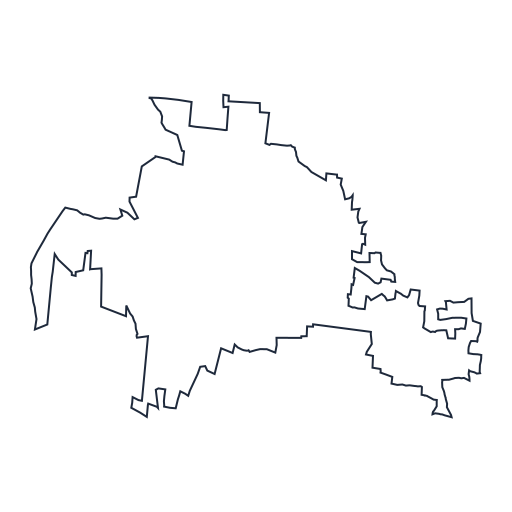 Hocabá, Yucatán, Mexico (Equal Earth projection)
{"feature_id": "50627088B46222132432578", "entity_name": "Hocabá", "entity_type": "district", "adm_level": 2, "iso_a3": "MEX", "parent_name": "Mexico", "parent_adm1": "Yucatán", "projection": "equal_earth", "projection_center": [-89.223, 20.81], "detail": "fine", "context": "isolated", "style": "outline", "palette": "slate", "viewbox_px": 512, "rotation_deg": 0, "n_neighbors": 0, "source": "geoboundaries", "source_scale": "gbopen_adm2", "svg_char_len": 5552}
<svg xmlns="http://www.w3.org/2000/svg" viewBox="0 0 512 512"><path d="M131.3,407.8L140.1,412.6L146.8,416.9L147.9,404.9L148.2,403.6L156.9,406.8L158.0,408.0L155.8,389.8L158.4,388.4L165.3,389.4L164.4,396.0L163.9,401.3L164.2,405.2L164.1,406.6L170.0,407.8L175.7,408.3L177.9,399.3L179.1,395.6L180.3,391.3L185.1,393.7L188.2,395.8L189.2,392.7L189.8,390.8L197.7,373.9L200.2,366.8L205.2,366.1L207.3,370.6L214.6,374.0L221.1,348.3L232.6,353.0L234.7,344.5L237.7,347.4L241.8,349.5L243.7,350.2L246.6,350.7L248.1,350.6L248.6,350.3L249.6,351.9L255.8,350.1L260.2,349.1L262.2,349.1L263.9,349.2L266.8,349.2L275.3,352.6L276.7,345.1L276.5,337.8L281.1,337.8L301.2,337.9L301.3,336.3L306.7,336.2L307.1,326.4L313.0,326.7L313.1,324.3L370.9,331.9L370.8,333.9L370.8,334.0L370.8,334.3L371.8,344.0L366.8,351.8L366.0,354.5L373.0,355.9L372.5,367.7L380.5,369.0L380.7,371.3L380.5,372.6L385.6,374.4L392.3,376.9L391.5,383.6L397.3,384.9L402.4,384.5L405.9,385.6L409.6,385.3L414.7,386.0L416.1,386.1L417.9,386.4L420.7,386.2L421.9,387.0L421.6,394.8L424.9,395.4L424.9,395.5L425.0,395.5L427.0,395.9L427.6,396.3L431.3,398.3L433.6,399.6L436.8,400.0L436.7,401.2L436.7,406.3L434.0,410.6L433.1,411.6L432.7,412.8L432.5,414.3L435.1,413.3L438.9,413.8L440.7,414.3L442.2,414.4L444.6,415.3L451.6,417.2L451.0,414.9L449.6,412.3L446.9,407.2L447.1,403.7L445.7,398.8L445.7,397.9L445.4,397.2L444.6,394.4L444.4,393.0L443.9,391.1L442.3,387.2L442.1,382.2L442.3,381.2L442.2,379.9L449.1,379.7L453.5,378.5L455.0,378.0L459.0,377.8L461.3,378.3L464.0,377.9L469.5,380.7L469.5,379.3L469.3,376.9L468.6,374.2L469.1,370.4L470.1,371.2L474.4,372.3L475.8,373.0L476.8,373.6L480.1,373.2L479.7,372.1L479.7,370.7L479.8,368.5L479.9,365.0L480.8,361.1L481.2,358.1L481.2,356.3L481.3,355.0L479.5,354.6L477.5,354.3L475.5,354.2L473.4,354.1L468.5,353.3L468.4,350.4L468.7,347.0L470.0,343.0L471.1,341.0L476.0,341.2L477.2,341.7L477.5,340.8L477.5,338.7L477.7,337.5L480.0,332.0L480.7,323.6L472.9,320.9L471.6,313.1L471.5,298.4L468.4,298.8L464.2,301.9L458.1,302.2L453.4,302.6L450.0,300.8L445.4,301.2L445.9,302.1L446.6,309.5L442.7,308.7L440.7,308.6L439.8,308.6L437.1,309.4L438.2,313.8L438.2,319.3L440.3,319.9L446.1,319.1L452.3,317.8L461.0,317.7L466.4,318.5L465.9,323.7L464.8,328.9L461.0,328.4L458.6,329.2L455.1,329.2L455.3,333.5L455.1,338.6L448.1,338.3L446.3,330.3L444.0,330.2L441.0,330.3L438.7,330.5L437.0,330.7L435.6,331.4L435.1,332.0L433.1,331.6L432.4,331.6L430.8,332.1L424.5,328.4L423.1,327.4L424.3,321.2L424.4,311.2L424.8,310.6L425.1,306.4L419.5,306.0L418.5,304.9L418.0,303.0L419.3,295.7L419.6,290.6L410.7,289.5L409.1,295.1L407.4,297.4L403.2,295.6L400.7,293.6L400.4,293.5L400.2,293.4L395.9,291.0L395.8,292.2L395.5,293.3L394.9,298.6L392.6,299.4L387.1,300.4L385.6,297.8L384.6,296.3L383.5,295.5L381.8,293.9L371.1,300.2L368.1,296.6L366.4,296.2L364.7,309.1L358.0,308.5L354.5,307.4L352.6,307.5L350.1,306.4L348.5,305.8L348.8,298.6L347.7,297.7L347.9,294.2L350.7,294.5L351.4,288.0L351.6,284.3L353.1,284.9L354.6,278.0L353.6,277.7L354.8,268.0L359.3,270.6L359.5,270.7L368.9,277.1L374.8,282.7L378.1,283.6L380.6,282.3L381.4,278.6L390.6,279.8L391.3,281.6L395.2,281.9L394.8,278.6L394.8,277.0L394.4,275.4L394.4,274.2L391.0,271.5L386.8,270.3L384.8,268.1L382.0,264.4L381.0,260.2L381.1,259.1L381.2,255.7L380.5,252.9L380.2,252.9L375.5,252.5L374.5,253.2L369.5,253.0L369.6,257.4L369.7,262.1L366.6,262.2L357.1,262.1L352.0,259.2L352.0,251.1L361.1,253.4L362.1,244.2L363.0,243.8L365.2,244.7L365.0,237.7L365.6,234.9L365.7,234.3L361.4,233.9L362.4,227.0L365.9,221.8L359.3,223.0L358.8,222.7L357.5,217.4L358.3,211.5L359.5,208.8L351.7,209.7L352.0,202.1L352.4,199.6L352.7,195.6L352.7,195.4L352.7,195.2L351.6,196.8L349.2,198.3L345.1,199.3L343.3,190.9L340.7,184.6L341.8,178.6L337.1,177.6L337.0,174.6L336.6,174.6L326.4,173.4L325.9,180.3L311.4,172.0L306.9,167.1L304.8,166.1L298.5,161.5L297.3,157.7L296.4,155.8L296.0,152.0L294.9,149.3L294.8,147.6L294.4,147.5L292.1,146.6L290.8,145.2L289.7,145.5L287.0,145.7L283.1,145.3L281.2,145.1L276.8,144.4L270.9,143.8L269.5,144.9L265.4,143.3L269.1,112.9L259.9,112.2L259.8,103.1L228.5,101.3L228.6,100.3L228.8,95.6L223.3,94.8L223.2,100.8L223.5,107.2L228.4,106.7L227.5,118.5L227.3,121.5L226.7,130.0L225.5,130.1L225.4,130.1L225.1,130.1L219.9,129.4L216.5,129.0L213.0,128.6L205.8,127.8L195.7,126.8L189.4,125.8L191.6,102.0L178.5,99.9L165.4,98.4L158.8,97.9L149.6,97.6L149.6,97.9L149.6,98.1L150.9,98.2L152.4,100.3L154.5,104.7L158.0,109.6L160.3,111.7L162.1,116.4L161.9,119.3L161.9,119.7L161.5,122.7L162.3,124.2L164.4,127.6L165.6,129.7L177.3,135.0L181.9,150.7L184.0,151.3L182.6,164.7L177.2,163.5L175.2,162.4L172.5,161.7L169.2,159.6L155.6,156.3L155.6,156.9L141.8,166.4L136.1,196.7L129.6,197.6L129.5,201.6L137.9,217.9L134.4,219.3L127.4,212.7L120.4,209.5L122.3,215.7L117.5,218.7L113.4,218.7L105.8,217.7L102.1,218.5L99.5,218.8L95.1,218.0L88.9,215.3L85.2,214.4L84.6,214.3L83.3,214.6L79.9,212.6L79.0,211.8L77.1,210.3L72.9,209.3L70.5,208.9L65.3,207.6L62.6,211.1L50.1,229.6L47.6,233.5L43.6,240.8L37.0,252.2L36.9,252.5L34.3,257.7L31.5,263.3L30.9,267.1L31.1,271.1L31.1,275.0L31.6,279.3L31.8,283.5L31.7,284.2L30.7,288.3L32.6,296.7L33.3,302.1L34.8,307.5L35.2,311.7L36.5,319.1L34.9,329.5L47.3,324.5L50.8,287.6L51.9,276.8L52.7,271.9L54.7,254.0L58.3,259.6L71.8,272.4L71.8,275.0L75.6,275.9L75.7,272.0L83.2,270.3L85.5,252.9L87.4,253.2L87.7,251.0L91.1,250.7L90.1,269.3L90.4,269.2L101.4,268.4L101.6,274.8L101.1,306.6L126.0,316.2L126.3,305.5L130.1,313.5L132.6,316.5L133.9,320.4L135.5,323.7L135.9,329.0L137.5,333.9L136.7,334.9L136.6,336.3L137.0,337.7L148.0,336.2L141.9,400.8L138.5,400.1L132.6,397.1L132.2,402.8L131.3,407.8Z" fill="none" stroke="#1e293b" stroke-width="2"/></svg>